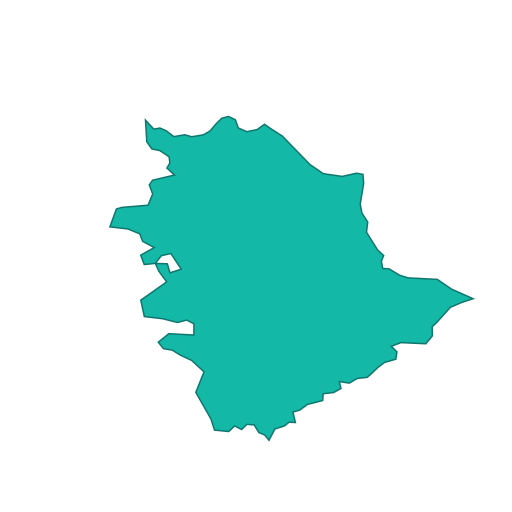 Mormaço, Rio Grande do Sul, Brazil, rotated 321°
{"feature_id": "56859067B79985945955157", "entity_name": "Mormaço", "entity_type": "district", "adm_level": 2, "iso_a3": "BRA", "parent_name": "Brazil", "parent_adm1": "Rio Grande do Sul", "projection": "robinson", "projection_center": [-52.668, -28.683], "detail": "fine", "context": "isolated", "style": "filled", "palette": "teal", "viewbox_px": 512, "rotation_deg": 321, "n_neighbors": 0, "source": "geoboundaries", "source_scale": "gbopen_adm2", "svg_char_len": 1656}
<svg xmlns="http://www.w3.org/2000/svg" viewBox="0 0 512 512"><g transform="rotate(321 256 256)"><path d="M135.6,381.8L143.0,381.1L148.3,386.2L147.1,395.0L150.1,400.5L150.1,407.4L161.8,402.3L171.2,406.0L177.1,406.0L181.8,410.2L186.5,400.5L193.0,403.3L202.5,403.7L216.9,410.3L221.5,405.3L230.5,411.0L238.7,412.4L241.7,406.0L248.5,413.5L257.7,414.9L266.0,420.3L272.4,420.0L281.0,419.3L288.9,419.6L299.7,424.2L305.2,419.2L304.3,411.3L314.1,414.5L332.8,431.1L342.9,429.0L348.4,421.8L354.6,421.4L374.8,418.2L386.2,421.4L397.8,425.8L387.1,404.8L382.2,388.3L360.4,368.7L355.5,361.3L351.3,349.7L346.6,345.4L350.3,338.8L355.5,336.0L354.3,328.0L356.8,307.1L364.2,299.9L365.3,289.4L369.6,281.3L385.2,267.5L390.5,259.9L386.2,254.9L373.1,248.4L360.1,234.4L355.5,218.9L351.9,179.2L347.6,166.3L345.5,159.0L336.3,158.4L327.1,153.6L322.8,145.4L325.7,137.1L322.4,130.2L316.1,127.4L308.7,128.1L298.9,129.9L291.7,128.8L286.5,126.0L281.0,122.8L277.0,117.0L267.3,111.5L265.0,102.1L261.9,96.1L256.4,93.1L255.6,80.9L243.0,98.5L242.4,107.2L247.6,113.6L250.9,124.2L247.6,129.5L242.1,131.6L243.6,141.8L223.3,132.0L217.8,133.6L214.7,142.8L204.1,148.6L182.3,133.8L177.1,131.6L160.8,141.4L173.4,154.3L179.6,165.6L177.1,173.4L182.3,185.4L166.9,182.8L163.8,192.3L173.1,198.4L170.9,206.7L170.3,219.9L138.7,217.8L131.1,232.8L143.9,245.9L153.1,258.2L161.8,262.2L165.1,269.6L158.0,278.3L139.3,261.5L125.8,261.5L125.8,269.8L131.7,276.5L134.7,285.2L140.3,296.7L142.7,313.3L123.4,324.1L118.4,354.4L114.2,365.2L124.4,375.3L132.5,374.6L135.6,381.8ZM173.1,198.4L182.6,196.2L191.4,200.5L189.6,219.2L178.5,214.9L182.2,206.3L173.1,198.4Z" fill="#14b8a6" stroke="#0f766e" stroke-width="1.5"/></g></svg>